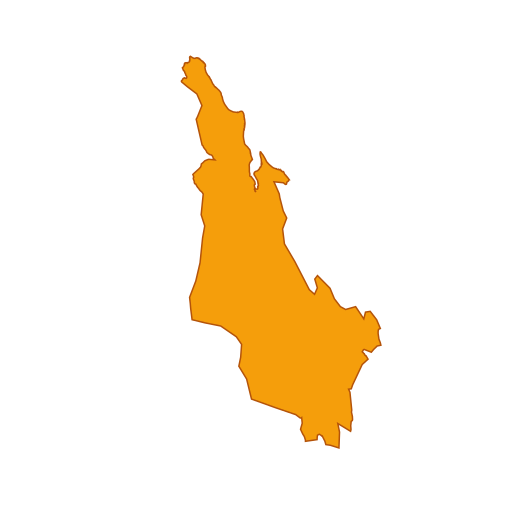 Lærdal nor, Sogn og Fjordane, Norway (Robinson projection), rotated 66°
{"feature_id": "86288312B68265317088275", "entity_name": "Lærdal nor", "entity_type": "district", "adm_level": 2, "iso_a3": "NOR", "parent_name": "Norway", "parent_adm1": "Sogn og Fjordane", "projection": "robinson", "projection_center": [7.33, 61.039], "detail": "fine", "context": "isolated", "style": "filled", "palette": "amber", "viewbox_px": 512, "rotation_deg": 66, "n_neighbors": 0, "source": "geoboundaries", "source_scale": "gbopen_adm2", "svg_char_len": 5931}
<svg xmlns="http://www.w3.org/2000/svg" viewBox="0 0 512 512"><g transform="rotate(66 256 256)"><path d="M384.9,318.3L402.2,300.2L417.1,284.2L421.8,281.6L422.4,280.8L422.5,280.3L422.4,280.1L427.6,281.8L432.4,285.8L437.6,285.7L440.6,285.3L444.2,285.7L445.4,286.2L448.6,274.9L446.1,273.6L444.7,272.7L444.6,270.7L445.9,269.7L446.8,269.3L447.1,269.2L447.1,268.9L447.2,268.7L453.2,268.4L456.7,268.9L459.1,265.1L465.1,258.3L450.8,251.3L442.3,249.4L454.6,240.9L453.5,240.0L452.9,239.7L449.6,238.5L448.4,237.8L445.8,236.3L445.5,235.0L445.0,234.5L444.4,234.2L441.8,233.2L437.5,232.3L435.7,231.2L418.7,225.6L415.3,225.6L416.1,223.0L412.9,220.0L398.3,203.1L395.8,195.6L391.8,196.1L391.7,196.2L391.6,196.5L391.0,196.6L390.6,196.9L389.4,196.8L389.1,197.1L388.2,197.3L386.9,197.9L386.7,197.9L385.3,195.9L385.3,195.2L390.8,189.8L389.2,186.5L387.5,181.9L388.3,178.2L385.7,177.7L381.9,177.5L376.3,175.9L374.4,175.0L373.1,174.1L372.9,173.8L372.8,173.2L372.8,171.9L363.3,171.7L353.0,174.2L351.8,178.8L357.3,183.1L342.8,185.6L341.3,195.9L336.6,199.5L327.0,201.8L315.6,201.5L298.9,207.8L301.0,211.7L310.1,212.9L314.8,218.1L308.5,221.0L277.0,222.8L256.5,225.1L242.1,220.7L233.8,212.5L225.9,212.8L212.4,210.5L208.7,209.5L195.5,209.4L200.3,201.1L201.8,200.5L202.7,199.8L202.8,199.2L202.6,198.8L201.1,197.8L200.8,196.3L200.6,195.9L200.6,195.7L199.8,195.0L199.9,194.6L197.6,195.1L195.7,195.6L195.7,195.8L194.1,196.0L193.6,196.4L192.5,196.6L190.6,196.5L189.9,196.8L189.8,197.6L189.4,197.6L189.3,197.8L188.9,198.1L188.5,198.1L188.6,198.3L187.3,198.7L187.3,198.9L186.8,198.9L186.9,199.2L186.6,199.9L186.3,200.1L186.0,200.1L186.1,200.5L185.9,200.8L185.2,201.5L185.0,201.9L184.6,201.9L184.6,202.2L183.9,202.8L182.8,204.1L181.4,205.0L177.7,206.8L174.3,207.9L170.7,208.1L166.8,208.5L165.4,208.8L165.3,209.0L163.0,209.3L162.6,209.7L163.0,210.1L163.7,210.3L164.3,210.8L166.3,211.3L170.2,211.9L170.3,212.1L172.0,212.7L172.6,212.7L172.6,212.9L173.5,213.0L173.5,213.3L174.0,213.2L173.9,213.5L174.4,213.6L174.4,213.8L174.7,213.8L174.7,214.0L175.2,214.1L176.1,214.9L176.5,215.3L176.5,215.9L176.9,216.0L176.9,216.4L177.2,217.0L177.8,217.5L178.0,217.7L178.0,218.0L178.4,219.1L178.6,219.3L178.8,220.1L178.6,221.6L178.7,222.6L178.9,223.3L179.6,224.1L180.1,224.2L180.1,224.4L180.6,224.6L181.8,224.6L182.9,224.3L185.3,224.2L186.6,224.0L187.8,223.9L189.7,224.4L190.3,224.3L190.3,224.6L192.6,225.1L192.7,225.5L193.0,225.8L193.4,225.9L193.3,226.2L193.7,226.3L193.9,226.5L194.6,226.6L194.8,226.7L195.5,227.4L195.2,228.1L194.7,228.9L193.9,229.3L193.9,229.7L195.1,230.2L196.0,230.3L196.8,230.1L197.5,230.1L196.9,230.3L196.4,230.5L194.7,230.1L194.5,230.3L193.5,229.6L193.6,229.4L193.4,229.2L192.4,229.2L191.2,228.9L190.3,228.5L190.0,227.8L190.0,227.5L187.6,226.9L184.9,227.3L183.5,227.7L181.5,228.1L181.5,228.4L180.9,228.9L180.3,229.1L178.5,228.2L176.4,227.8L172.0,225.9L170.5,225.4L169.5,224.8L168.0,223.4L167.9,223.0L167.7,222.8L167.6,222.3L167.4,222.2L167.0,221.6L166.8,220.8L166.5,220.3L166.2,220.3L166.2,220.0L161.4,219.7L161.2,219.5L160.2,219.2L159.8,219.3L159.8,219.1L156.8,218.5L156.1,218.5L154.7,219.0L152.8,219.4L150.8,220.3L149.1,220.8L144.1,219.7L141.5,218.9L137.8,217.0L136.8,216.5L136.5,216.0L136.0,215.7L135.9,215.5L135.5,215.5L135.5,215.3L135.0,215.2L134.6,215.0L134.4,214.6L134.3,214.3L132.8,213.8L132.8,213.6L132.5,213.6L132.5,213.4L131.9,213.2L131.6,213.0L131.6,212.8L131.0,212.8L131.0,212.6L130.5,212.5L130.5,212.3L130.1,212.3L129.8,211.9L127.3,211.1L126.4,211.0L126.4,210.8L123.5,210.2L123.3,209.9L120.9,209.4L119.6,209.5L118.8,209.6L118.2,209.9L117.8,210.5L117.5,211.6L117.6,213.5L117.4,213.8L117.5,214.1L117.2,214.2L117.3,214.5L117.0,214.8L117.0,215.1L115.1,218.2L113.2,219.9L111.7,221.1L111.1,221.4L109.8,221.9L104.7,222.9L101.4,223.0L98.7,222.6L97.3,222.2L94.8,222.2L93.1,221.7L91.8,221.8L89.4,222.4L88.9,222.7L85.2,224.2L85.3,224.5L83.7,225.0L82.3,225.1L81.1,225.5L79.1,225.5L76.5,225.5L76.3,225.7L73.5,225.8L73.5,226.0L72.8,226.0L71.1,226.6L67.7,226.9L65.0,226.5L62.8,225.9L62.0,225.3L62.1,225.1L61.5,225.0L61.2,224.5L59.6,224.5L59.2,224.8L58.7,224.8L58.7,225.0L58.2,225.0L57.1,225.3L57.2,225.5L56.6,225.5L55.9,225.9L55.8,226.3L54.9,226.5L54.4,226.9L53.2,227.2L53.2,227.4L52.8,227.5L52.3,227.7L52.3,227.9L52.0,227.9L52.0,228.2L51.7,228.2L51.3,229.1L51.0,229.1L50.9,229.5L50.6,230.0L50.7,231.3L50.3,231.9L50.3,232.2L48.9,233.4L46.9,234.7L47.0,235.3L47.2,235.6L48.1,235.9L48.1,236.1L49.0,236.2L49.2,236.5L49.9,236.6L50.5,237.3L50.8,237.2L50.9,237.5L51.3,237.7L51.5,238.0L51.7,239.0L51.7,239.7L51.6,240.1L51.7,240.3L51.3,240.3L51.0,241.7L50.8,241.8L50.8,242.6L51.0,242.7L51.1,243.0L51.5,243.1L51.6,243.4L52.0,243.4L52.1,243.7L52.5,243.8L52.6,244.1L53.6,245.2L54.1,246.7L57.2,246.8L57.9,246.3L58.3,246.2L59.6,246.5L60.8,246.3L62.1,246.6L62.8,246.3L63.8,246.3L64.4,246.4L64.6,246.7L65.0,246.9L65.0,247.1L65.3,247.4L65.2,247.5L65.1,248.1L64.7,248.4L64.6,248.6L64.2,248.7L64.1,248.9L64.2,249.2L64.1,249.7L64.3,250.0L64.2,250.3L64.3,250.6L64.6,250.9L64.7,251.1L65.1,251.4L65.6,252.7L65.8,253.0L66.0,253.1L66.8,253.1L73.5,249.8L83.9,244.1L96.6,244.2L104.4,252.2L105.9,253.9L106.7,255.0L132.7,260.1L133.6,259.7L134.4,259.6L135.0,259.7L137.0,259.4L138.1,259.0L139.9,258.7L140.8,258.8L141.8,258.6L142.5,258.2L143.2,257.9L143.8,257.4L144.3,257.3L145.7,255.5L146.8,255.2L148.1,255.1L149.2,255.3L150.0,255.3L150.3,255.1L150.6,254.7L151.5,254.4L148.5,259.7L148.3,260.8L148.2,263.9L148.6,265.1L149.1,266.3L149.7,268.5L151.0,269.3L152.2,270.4L153.2,272.7L155.1,278.6L155.8,280.5L157.7,280.6L158.3,280.8L158.6,280.8L159.1,281.4L159.9,281.9L162.5,282.0L164.2,282.6L165.5,282.3L165.6,281.9L165.9,281.7L167.4,281.7L168.3,281.6L168.7,281.4L169.4,281.5L170.6,281.0L172.4,280.7L173.5,280.4L175.6,279.4L177.9,279.0L196.0,289.3L207.7,290.6L217.7,297.4L239.5,309.9L254.4,321.2L266.8,333.5L272.5,335.3L277.3,337.0L288.2,340.3L296.4,329.7L305.6,316.7L321.8,306.8L330.9,305.1L342.3,311.2L349.7,316.5L364.6,314.6L384.9,318.3Z" fill="#f59e0b" stroke="#b45309" stroke-width="1.5"/></g></svg>